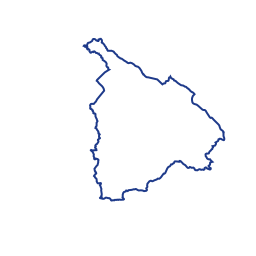 Vanduzi, Manica, Mozambique, rotated 133°
{"feature_id": "85939544B72355494669336", "entity_name": "Vanduzi", "entity_type": "district", "adm_level": 2, "iso_a3": "MOZ", "parent_name": "Mozambique", "parent_adm1": "Manica", "projection": "equal_earth", "projection_center": [33.373, -18.898], "detail": "fine", "context": "isolated", "style": "outline", "palette": "blue", "viewbox_px": 256, "rotation_deg": 133, "n_neighbors": 0, "source": "geoboundaries", "source_scale": "gbopen_adm2", "svg_char_len": 5713}
<svg xmlns="http://www.w3.org/2000/svg" viewBox="0 0 256 256"><g transform="rotate(133 128 128)"><path d="M95.2,43.2L95.2,45.5L94.9,46.6L96.0,47.8L96.3,48.9L96.3,49.5L95.8,50.6L95.7,51.8L94.4,53.3L94.1,53.4L93.1,53.1L92.1,52.0L91.4,51.6L90.6,52.0L89.4,52.3L87.9,52.1L86.7,52.3L86.0,52.0L85.2,52.5L84.1,52.6L83.8,53.2L83.6,53.8L81.6,52.4L80.2,52.6L79.4,53.0L79.0,53.5L78.9,54.1L76.2,53.3L75.4,53.5L74.8,54.0L74.5,54.1L73.7,53.6L73.3,53.6L72.6,52.7L72.2,51.1L71.7,49.8L71.4,49.6L70.4,50.0L69.6,51.0L68.8,52.6L67.7,53.7L67.0,54.2L66.4,55.2L65.8,55.2L65.5,56.9L65.8,59.3L65.0,61.1L63.9,63.0L63.7,64.3L63.5,71.0L63.3,72.9L63.4,73.9L64.2,74.4L64.4,75.4L63.0,81.1L62.4,82.9L62.5,84.1L63.5,85.3L63.8,86.2L63.9,91.8L64.1,93.7L65.2,95.9L65.5,97.0L65.5,97.6L65.3,98.4L64.8,99.1L63.8,100.4L62.5,101.5L60.4,102.4L57.9,102.4L57.7,104.2L57.9,105.4L58.1,105.6L58.3,106.6L58.3,108.2L58.0,109.5L58.3,110.1L58.1,110.8L58.4,111.8L58.3,113.4L58.5,114.0L59.0,114.7L59.2,116.4L60.5,118.4L61.1,122.0L61.2,125.0L61.1,125.3L61.8,126.7L61.3,127.9L61.8,129.1L61.8,129.7L62.1,130.4L61.5,132.0L62.2,131.8L62.9,132.3L63.4,132.2L65.3,130.9L66.0,130.7L67.8,132.1L68.3,132.0L69.8,131.3L70.2,131.4L71.1,132.3L72.6,132.6L72.5,139.7L77.3,148.0L77.9,148.6L78.3,149.6L78.4,151.3L78.1,153.3L78.4,153.4L77.9,155.4L77.1,157.1L76.7,158.7L76.3,160.6L76.4,162.5L76.7,163.1L77.0,163.4L77.1,163.9L77.6,164.8L77.5,167.1L77.9,169.3L78.7,170.9L80.1,171.7L80.7,172.9L80.6,173.8L80.8,174.5L81.0,175.8L81.3,176.5L81.3,177.9L81.5,178.5L81.6,179.9L82.3,181.0L82.3,182.1L82.5,182.5L82.7,184.8L82.1,186.0L82.3,187.5L82.2,188.5L82.2,189.6L81.9,190.3L82.0,190.9L82.8,192.8L84.5,194.5L84.7,195.0L85.2,195.3L85.1,196.3L84.4,197.5L84.5,198.4L83.9,199.2L83.7,201.1L83.2,202.2L83.2,203.1L83.1,204.2L83.1,204.6L83.4,205.1L83.4,205.5L82.5,206.0L81.6,207.0L81.3,208.6L81.8,209.2L82.8,209.3L83.3,209.9L84.0,209.7L84.3,209.1L84.6,209.0L84.9,209.3L85.6,211.0L85.5,212.1L85.6,212.8L86.0,213.5L86.5,214.0L87.3,214.2L88.4,213.7L88.9,213.6L91.4,214.2L92.9,215.2L93.8,215.2L94.2,214.9L95.7,214.4L96.0,213.5L96.5,213.1L96.8,213.2L96.9,213.7L96.5,214.5L96.5,215.2L97.2,216.2L97.6,216.4L98.1,216.3L97.8,215.7L98.0,215.1L97.3,213.8L97.6,212.7L97.4,212.1L98.0,211.8L98.1,211.4L98.0,211.0L97.2,211.0L97.1,209.6L97.3,209.2L98.2,208.5L98.3,207.9L98.5,207.1L98.3,206.5L96.5,206.0L96.1,205.1L95.3,205.2L95.0,205.0L94.8,204.4L94.9,202.5L94.3,201.9L94.1,200.6L93.5,200.1L93.8,199.6L93.9,198.9L93.9,198.3L93.6,197.8L93.6,197.0L93.8,196.3L94.5,196.0L94.7,195.4L94.3,194.2L95.5,192.9L95.1,191.0L95.0,188.8L95.6,187.4L97.3,186.2L97.7,184.7L97.3,183.8L98.3,182.7L98.4,182.2L98.2,181.6L103.1,182.9L113.9,183.4L114.8,183.1L114.7,182.0L115.1,179.7L115.1,175.5L115.4,173.8L116.0,172.3L117.0,170.9L128.0,170.2L130.6,169.5L132.3,169.6L133.4,169.4L134.1,169.8L134.9,170.9L135.8,171.5L136.8,171.4L137.5,171.0L137.7,170.5L139.0,169.2L139.3,169.2L139.5,168.8L139.6,168.4L139.3,168.1L139.0,167.4L139.3,166.5L139.1,165.7L139.4,165.4L139.7,165.4L139.9,164.9L140.0,164.0L140.3,163.5L140.7,163.4L140.6,162.7L140.0,162.0L140.0,161.3L141.6,159.8L142.3,158.4L142.8,156.9L143.4,156.1L143.7,155.1L143.9,154.9L145.5,154.6L147.9,152.4L149.0,152.4L150.2,151.8L149.8,150.8L150.3,150.0L150.8,147.3L151.3,146.9L151.5,146.2L152.2,145.8L152.2,145.6L151.9,144.7L152.0,144.3L153.0,144.2L154.1,143.3L154.4,142.9L154.4,141.9L154.6,141.6L154.9,141.6L155.3,142.0L155.9,141.8L157.0,142.0L157.4,141.7L157.8,140.6L158.4,140.2L160.7,139.8L161.8,140.1L163.0,140.0L163.6,138.9L164.5,139.0L164.7,138.8L165.0,138.0L165.0,136.9L165.7,136.0L166.1,136.2L166.4,136.9L167.3,137.4L168.6,138.7L169.2,140.0L169.6,140.0L169.7,139.6L169.6,137.9L169.7,137.2L170.6,135.0L172.1,133.9L172.7,132.4L173.4,132.0L173.7,131.5L173.6,131.0L173.2,130.6L172.9,130.5L172.5,130.8L172.3,130.6L171.5,129.1L171.4,128.2L171.6,127.7L172.4,127.4L173.2,126.5L175.9,125.0L177.4,125.1L180.7,124.7L182.0,123.0L182.3,122.1L182.1,122.0L182.4,121.0L182.8,120.3L183.0,120.2L183.5,120.5L184.4,120.3L185.8,120.3L186.3,120.1L186.2,119.2L186.5,118.8L186.7,117.8L186.6,116.6L187.4,115.4L188.4,114.5L189.0,112.9L188.9,112.1L187.1,110.6L186.9,110.4L187.0,110.0L187.4,109.7L189.0,109.5L189.3,108.4L190.0,107.3L190.7,105.9L191.9,105.1L194.1,102.3L195.1,101.4L196.0,101.2L196.4,100.2L196.6,99.9L196.8,100.0L197.0,100.6L197.3,100.8L198.2,100.8L198.3,100.6L196.8,97.9L195.8,97.2L194.2,96.8L193.6,96.2L192.8,94.6L192.2,94.1L191.9,93.2L192.1,91.7L192.4,91.1L192.2,90.5L190.9,89.6L190.4,88.8L189.5,88.6L188.5,87.4L187.8,87.1L187.3,86.1L186.5,85.8L185.4,84.3L183.5,82.5L182.9,82.4L182.6,82.8L182.6,83.6L182.4,84.8L181.8,85.0L180.5,86.3L178.7,87.2L177.6,87.3L175.9,86.4L175.0,86.7L174.6,86.2L174.3,85.2L173.0,85.1L170.7,83.1L168.9,82.0L168.3,81.3L167.4,80.8L167.1,80.3L166.8,78.7L166.3,77.5L164.7,76.0L163.7,74.6L163.2,73.2L161.6,71.9L161.0,71.8L160.4,71.9L160.0,72.4L159.9,73.2L159.8,73.4L159.3,73.6L158.1,73.6L157.4,74.1L157.1,74.7L155.5,75.8L152.4,76.0L151.2,75.5L150.8,75.0L150.5,74.1L150.1,73.7L148.2,73.0L146.1,71.9L144.7,71.7L143.9,70.6L142.7,70.3L141.4,70.3L137.5,70.8L137.0,70.8L136.6,70.2L135.4,70.1L130.8,71.7L128.9,71.9L127.6,71.3L126.3,71.4L125.3,71.7L124.4,70.9L123.5,70.9L122.5,70.5L120.9,71.0L120.4,70.9L119.1,69.4L117.8,67.5L117.6,67.4L116.9,67.8L116.6,67.5L116.3,66.4L116.5,65.5L116.4,64.8L116.6,63.1L116.1,60.7L116.4,58.3L116.4,57.2L116.2,56.8L115.6,56.3L115.0,56.1L114.4,56.2L114.2,55.9L113.6,54.2L112.4,53.2L112.3,51.9L112.9,50.7L112.8,49.9L111.6,48.4L110.1,48.0L109.4,47.6L109.1,47.2L108.7,46.0L107.5,45.1L107.0,44.1L106.0,43.9L105.2,44.6L104.9,44.6L104.0,44.4L103.5,43.6L103.7,42.7L103.4,41.7L103.0,41.0L102.8,40.2L102.2,39.6L101.5,39.6L101.0,40.1L101.3,41.2L100.8,43.2L100.1,43.2L99.0,43.0L97.3,44.3L97.0,44.3L95.2,43.2Z" fill="none" stroke="#1e3a8a" stroke-width="2"/></g></svg>